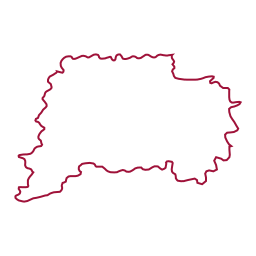 Talachyn, Vitebsk, Belarus
{"feature_id": "67162791B51675752120435", "entity_name": "Talachyn", "entity_type": "district", "adm_level": 2, "iso_a3": "BLR", "parent_name": "Belarus", "parent_adm1": "Vitebsk", "projection": "robinson", "projection_center": [29.697, 54.429], "detail": "fine", "context": "isolated", "style": "outline", "palette": "rose", "viewbox_px": 256, "rotation_deg": 0, "n_neighbors": 0, "source": "geoboundaries", "source_scale": "gbopen_adm2", "svg_char_len": 4561}
<svg xmlns="http://www.w3.org/2000/svg" viewBox="0 0 256 256"><path d="M231.3,146.1L229.0,144.3L227.1,141.4L225.3,137.5L225.1,134.6L227.1,132.7L230.7,132.4L233.9,132.0L237.3,130.3L238.2,128.6L236.4,125.7L234.3,122.0L232.1,118.9L230.5,116.3L229.3,112.1L229.1,108.9L231.1,107.2L234.3,106.5L237.2,105.4L239.5,104.1L240.6,102.3L239.5,101.9L237.6,102.0L235.7,102.2L233.4,102.6L231.9,102.6L230.3,101.5L229.5,99.7L229.2,97.2L229.2,94.3L229.2,91.5L229.3,89.5L227.8,88.0L225.4,88.0L223.1,88.0L220.0,85.7L219.1,83.6L217.5,82.2L215.4,81.8L213.3,82.5L211.6,83.3L210.3,82.9L210.0,81.2L212.2,79.2L213.6,77.9L213.7,76.7L212.0,76.3L208.7,76.6L205.5,77.2L203.0,78.2L201.1,78.8L197.1,79.6L193.2,79.7L190.0,79.7L184.5,79.6L178.7,78.8L175.3,77.9L173.9,76.0L173.3,73.8L172.1,71.3L172.8,69.5L174.4,68.1L174.3,66.6L173.3,65.3L172.5,64.3L173.8,62.7L174.1,61.4L173.1,59.7L172.1,58.5L171.8,57.3L171.8,55.3L172.3,54.8L169.9,55.1L168.4,55.3L167.6,55.5L165.8,55.5L164.5,55.3L163.5,55.2L161.6,54.8L160.3,54.6L158.5,55.0L157.0,55.8L156.6,56.3L155.6,57.1L154.7,57.4L153.2,57.4L152.0,57.0L150.8,56.4L150.2,56.0L149.3,55.4L148.1,54.8L147.0,54.7L145.6,54.8L144.8,55.3L143.8,56.0L142.2,57.0L141.3,57.7L139.8,58.2L138.1,58.3L137.0,58.0L136.4,57.4L135.0,56.6L133.6,56.3L132.7,56.3L131.5,56.8L130.4,57.6L128.2,58.4L127.2,58.7L125.8,59.0L124.4,59.0L123.0,58.7L122.2,57.6L121.7,56.4L120.9,55.5L120.1,54.5L119.0,54.4L117.7,54.7L116.6,55.4L116.0,56.5L115.7,57.5L115.4,59.3L114.6,60.3L113.3,60.4L112.1,59.5L111.5,58.5L110.9,57.1L110.2,56.8L109.7,56.9L108.5,57.3L106.7,57.8L105.1,58.4L101.9,58.7L100.3,58.5L99.1,57.3L98.8,56.1L98.0,54.9L95.9,54.4L93.8,54.7L92.3,55.5L91.3,56.1L88.9,57.4L87.6,57.4L85.7,56.3L83.5,55.8L81.9,55.9L78.7,57.3L77.0,58.1L74.8,58.9L73.1,58.9L72.3,58.2L71.7,57.0L70.5,56.3L69.6,56.3L68.6,56.3L66.1,56.7L64.2,57.8L62.7,59.2L61.4,60.9L60.6,63.0L60.8,65.8L61.6,67.6L63.6,70.1L63.4,71.7L62.5,72.7L61.4,72.5L57.1,71.4L57.2,71.6L56.1,72.9L54.9,73.6L53.3,74.7L51.8,75.5L49.7,76.6L48.5,78.4L48.0,79.8L48.0,81.7L49.6,83.1L50.8,84.1L51.2,85.7L51.6,87.1L51.4,88.1L50.3,89.3L48.6,90.3L46.7,91.3L45.7,92.1L45.1,93.1L44.7,94.5L44.4,95.8L43.8,96.7L42.7,97.8L42.5,99.0L43.6,100.5L44.6,101.6L46.4,104.1L46.6,105.0L46.6,106.2L45.7,107.4L43.1,109.7L42.3,111.0L41.3,112.6L40.1,113.9L39.0,115.1L38.0,117.9L35.9,118.9L35.4,120.5L36.1,121.5L38.0,121.9L39.3,122.9L39.6,123.6L40.5,124.9L41.3,125.9L42.7,126.8L44.3,127.7L44.3,129.2L42.7,130.5L41.6,131.2L40.4,132.7L39.3,134.3L38.4,136.5L38.4,138.0L39.1,139.2L40.8,140.6L41.1,141.9L41.4,143.3L42.1,144.7L41.2,146.0L40.4,146.2L38.6,146.4L37.0,146.8L35.9,147.5L34.6,148.5L34.0,149.7L33.3,151.1L32.5,152.1L31.5,153.1L30.3,153.8L27.0,154.4L25.4,154.4L23.2,154.5L21.2,154.8L19.3,155.1L18.6,155.9L18.9,157.0L20.2,157.4L21.4,157.8L22.8,158.2L24.4,159.1L25.2,160.8L25.3,162.5L25.1,165.2L25.6,166.5L26.1,167.3L27.5,168.2L29.1,168.5L30.9,169.2L31.5,169.9L32.4,171.7L33.3,172.3L31.6,174.7L30.0,176.5L28.8,178.2L27.9,180.2L27.9,181.9L27.9,184.1L28.3,185.9L27.7,186.9L25.9,187.2L22.7,187.2L20.2,187.1L18.9,187.3L18.7,188.9L19.9,190.7L20.3,191.8L19.8,193.5L18.4,194.6L16.2,195.5L15.4,196.3L15.5,197.9L16.8,199.2L18.7,200.4L22.7,201.4L24.2,201.6L27.4,201.0L29.3,200.1L33.3,198.3L36.5,197.8L40.3,196.9L42.4,196.3L45.1,195.5L47.5,195.2L49.8,193.7L51.5,193.0L53.8,192.3L57.3,192.0L59.9,191.8L61.3,190.4L62.1,188.8L62.1,187.0L61.8,186.4L61.8,185.3L62.6,182.9L64.0,182.5L65.8,181.6L66.1,179.9L66.6,178.1L68.5,176.5L70.6,176.1L73.2,176.1L75.7,176.1L77.8,175.7L80.5,174.2L81.0,172.0L79.7,171.1L78.8,169.3L78.8,167.8L79.1,166.4L80.7,165.2L82.1,163.9L85.3,163.3L89.7,162.9L93.5,163.5L94.8,164.5L95.6,166.1L96.4,166.7L98.9,166.7L102.3,166.7L104.7,168.6L106.5,170.4L108.1,171.4L110.4,172.2L114.3,172.4L117.0,172.2L118.6,171.4L120.7,170.6L122.8,170.0L124.8,170.5L126.4,171.6L128.5,171.8L130.1,171.6L132.0,170.6L133.3,169.8L135.2,168.4L137.8,167.6L141.2,167.5L142.8,169.2L145.3,169.8L148.8,169.5L150.1,168.7L152.0,167.5L153.2,166.9L154.6,166.3L157.8,166.4L159.1,167.5L160.4,168.6L162.1,169.6L164.4,168.7L165.6,167.7L165.8,166.3L166.3,163.7L166.0,162.7L166.8,161.5L168.5,161.2L171.9,161.8L172.7,163.0L172.2,165.9L171.7,169.3L172.0,171.6L173.0,172.9L175.3,174.3L175.7,175.8L175.9,178.4L177.0,180.0L177.8,180.7L181.0,181.2L183.9,181.1L185.3,180.7L188.1,180.0L194.7,178.6L197.0,180.1L197.4,182.8L202.1,184.2L203.6,183.0L206.0,181.0L206.0,177.5L205.2,173.6L206.4,171.3L209.1,170.4L213.4,171.3L216.9,169.5L216.1,165.1L214.2,160.7L216.1,157.2L221.2,158.7L223.5,160.4L226.7,160.1L229.4,157.2L229.8,154.8L229.4,149.6L229.4,146.6L231.3,146.1Z" fill="none" stroke="#9f1239" stroke-width="2"/></svg>